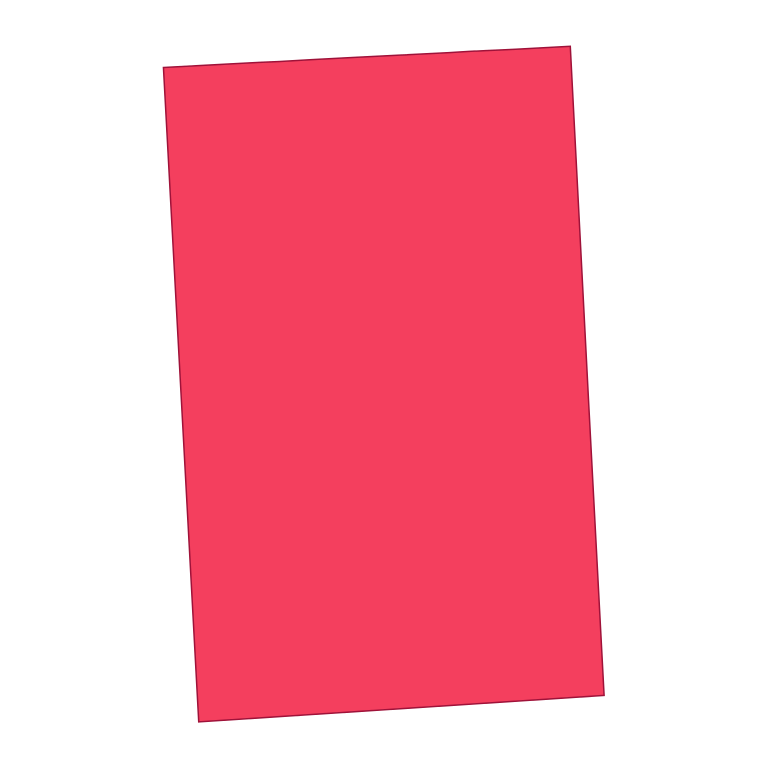 the district of Gaines, Texas, United States of America, rotated 87°
{"feature_id": "52423323B42726904643682", "entity_name": "Gaines", "entity_type": "district", "adm_level": 2, "iso_a3": "USA", "parent_name": "United States of America", "parent_adm1": "Texas", "projection": "natural_earth1", "projection_center": [-102.926, 32.741], "detail": "fine", "context": "isolated", "style": "filled", "palette": "rose", "viewbox_px": 768, "rotation_deg": 87, "n_neighbors": 0, "source": "geoboundaries", "source_scale": "gbopen_adm2", "svg_char_len": 472}
<svg xmlns="http://www.w3.org/2000/svg" viewBox="0 0 768 768"><g transform="rotate(87 384 384)"><path d="M705.4,586.7L711.7,586.7L706.5,180.5L413.1,180.6L56.5,180.3L56.6,235.4L56.5,254.7L56.4,264.9L56.4,274.9L56.3,275.3L56.3,282.6L56.5,302.1L56.5,303.0L56.4,343.0L56.5,343.9L56.4,349.8L56.3,397.1L56.3,413.8L56.3,430.5L56.3,438.1L56.5,471.8L56.3,492.2L56.3,513.4L56.3,514.8L56.3,526.3L56.4,587.7L705.4,586.7Z" fill="#f43f5e" stroke="#9f1239" stroke-width="1.5"/></g></svg>